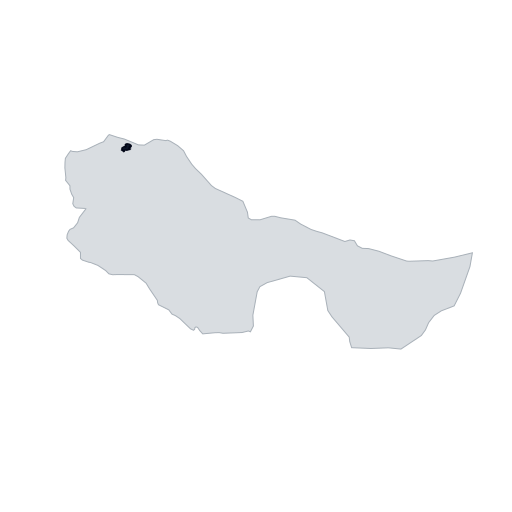 Krāslavas pag., Kraslavas, Latvia (highlighted), rotated 195°
{"feature_id": "27541924B24537729982131", "entity_name": "Krāslavas pag.", "entity_type": "district", "adm_level": 2, "iso_a3": "LVA", "parent_name": "Latvia", "parent_adm1": "Kraslavas", "projection": "robinson", "projection_center": [27.246, 55.909], "detail": "fine", "context": "in_parent", "style": "filled", "palette": "ink", "viewbox_px": 512, "rotation_deg": 195, "n_neighbors": 0, "source": "geoboundaries", "source_scale": "gbopen_adm2", "svg_char_len": 3964}
<svg xmlns="http://www.w3.org/2000/svg" viewBox="0 0 512 512"><g transform="rotate(195 256 256)"><path d="M371.5,345.0L368.5,344.7L360.2,342.3L353.2,338.9L349.0,334.3L341.8,328.0L337.1,324.8L329.7,320.7L317.3,312.5L312.8,310.7L290.8,307.1L282.8,305.4L275.6,296.1L273.3,290.7L269.7,289.8L265.8,290.9L261.5,292.0L251.4,298.3L248.2,299.2L242.0,299.3L227.6,300.7L221.1,298.4L209.8,295.9L203.6,295.5L198.1,295.5L173.9,293.0L169.4,295.8L164.9,296.2L160.7,292.1L155.3,290.9L149.3,292.3L138.5,292.4L125.7,291.1L109.3,290.1L106.9,290.5L88.5,296.1L84.0,296.9L63.9,306.3L47.8,315.1L46.6,301.1L48.8,273.0L51.7,259.1L62.8,251.0L68.5,244.7L72.0,236.3L73.2,228.5L75.7,222.0L91.9,203.6L104.3,201.6L121.1,196.4L139.9,192.2L143.3,197.6L145.0,201.8L166.9,216.9L172.5,221.9L180.7,239.3L201.3,248.2L217.8,245.4L225.0,241.1L238.3,233.2L244.3,227.4L245.6,221.8L243.7,198.0L240.4,187.7L241.8,181.3L244.0,181.6L249.6,178.5L267.9,172.8L271.6,172.5L275.7,171.3L287.3,167.0L290.9,169.3L293.9,171.9L295.6,172.0L296.5,171.0L296.3,169.3L297.1,168.1L300.4,168.7L313.5,175.9L318.6,177.6L322.1,178.1L326.3,181.4L337.6,183.7L338.9,185.4L339.8,187.6L350.3,196.7L355.1,201.3L364.5,205.5L368.6,206.5L385.1,202.2L389.7,200.8L393.5,200.7L397.4,203.0L406.3,206.0L414.3,206.9L415.8,206.7L422.6,207.1L424.9,208.2L426.5,214.1L434.3,218.6L441.5,222.4L443.3,224.2L443.9,227.6L443.4,231.5L442.5,233.6L439.5,236.0L436.9,241.9L436.6,247.6L432.5,257.5L433.4,257.7L442.1,255.9L444.6,256.9L446.5,259.1L447.2,265.2L450.0,268.0L453.0,272.4L453.9,275.7L459.5,279.8L459.9,282.4L463.4,291.6L464.7,296.9L465.4,301.0L463.7,306.2L462.3,309.7L460.5,309.5L455.5,310.4L447.6,314.7L435.9,324.7L432.8,326.9L429.8,334.5L429.0,335.3L422.1,334.9L420.3,334.8L413.4,334.9L398.4,332.9L392.5,334.2L384.9,341.9L381.9,343.1L373.0,344.1L371.5,345.0Z" fill="#d9dde1" stroke="#a8b0b8" stroke-width="1"/><path d="M412.7,326.3L412.8,326.2L412.9,325.9L413.1,325.8L413.2,325.7L413.3,325.6L413.2,325.5L413.3,325.4L413.3,325.2L413.2,325.0L413.2,324.9L413.2,324.7L412.9,324.4L412.9,324.1L413.0,323.9L412.9,323.9L413.0,323.8L413.0,323.7L412.9,323.7L412.6,323.6L412.4,323.5L412.4,323.4L412.2,323.4L412.0,323.2L411.8,323.1L411.6,323.1L411.4,323.2L411.4,323.3L411.3,323.2L411.3,323.3L411.2,323.3L411.4,323.4L411.4,323.5L411.2,323.5L411.0,323.4L410.9,323.4L410.7,323.3L410.7,323.2L410.4,323.1L410.3,323.4L410.3,323.8L410.2,324.0L410.3,324.0L410.2,324.1L410.3,324.1L410.2,324.1L410.2,324.3L410.1,324.5L410.0,324.8L409.8,324.8L409.6,324.8L409.4,324.8L409.2,324.8L408.8,324.7L408.5,324.8L408.4,324.8L408.0,324.8L407.9,324.9L407.8,325.0L408.0,325.2L408.0,325.3L408.0,325.5L407.8,325.5L407.7,325.5L407.6,325.4L407.5,325.5L407.3,325.6L407.2,325.6L406.9,325.7L406.7,325.7L406.7,325.8L406.4,325.9L406.4,326.0L406.1,326.1L405.9,326.2L405.7,326.3L405.3,326.4L405.1,326.4L404.9,326.4L405.0,326.4L405.0,326.6L405.8,326.4L405.8,326.5L406.2,326.7L405.9,326.9L405.8,327.0L406.0,327.1L406.1,327.4L406.3,327.3L406.5,327.3L406.7,327.5L406.8,327.9L406.8,328.0L406.8,328.3L406.7,328.4L406.6,328.5L406.4,328.6L406.4,328.8L406.2,328.7L405.9,328.7L405.8,328.8L405.8,329.0L405.7,329.0L405.5,328.9L405.5,329.0L405.4,329.0L405.2,329.1L405.3,329.1L405.2,329.1L405.0,329.5L405.1,329.8L405.1,330.1L405.3,330.3L405.4,330.5L405.7,330.6L405.9,330.7L406.2,330.7L406.3,330.8L406.5,330.9L406.6,331.0L406.8,331.1L407.4,331.1L407.7,331.1L408.1,331.1L408.3,331.1L408.6,331.1L408.9,331.0L409.2,331.0L409.4,331.0L409.5,330.9L410.2,330.7L410.5,330.6L410.4,330.6L410.2,330.4L410.4,330.3L410.4,330.2L410.6,330.3L410.7,330.2L410.6,329.9L410.4,329.8L410.5,329.7L410.9,329.4L409.9,328.3L410.0,328.3L409.9,328.1L410.0,328.0L410.1,327.9L410.2,328.0L410.2,327.9L410.3,328.0L410.4,327.9L410.5,327.7L410.6,327.8L410.6,327.7L410.6,327.8L410.7,327.7L410.8,327.7L411.0,327.6L411.3,327.5L411.2,327.5L411.3,327.5L411.2,327.5L411.3,327.5L411.3,327.4L411.5,327.3L411.7,327.2L411.8,327.2L412.0,326.9L412.3,326.8L412.3,326.7L412.5,326.4L412.7,326.3Z" fill="#0f172a" stroke="#020617" stroke-width="1.5"/></g></svg>